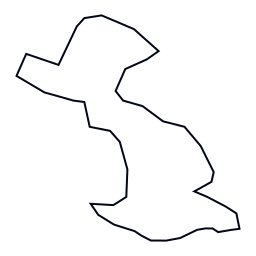 SVG path tracing the border of Preilu
{"feature_id": "LVA-1089", "entity_name": "Preilu", "entity_type": "Municipality", "adm_level": 1, "iso_a3": "LVA", "parent_name": "Latvia", "parent_adm1": "", "projection": "robinson", "projection_center": [26.704, 56.28], "detail": "fine", "context": "isolated", "style": "outline", "palette": "ink", "viewbox_px": 256, "rotation_deg": 0, "n_neighbors": 0, "source": "natural_earth", "source_scale": "10m", "svg_char_len": 656}
<svg xmlns="http://www.w3.org/2000/svg" viewBox="0 0 256 256"><path d="M166.3,240.6L150.8,240.5L141.4,235.6L134.6,231.1L114.0,224.6L98.2,214.8L90.7,203.8L113.4,205.1L126.3,196.9L127.4,169.4L119.8,141.9L110.1,130.9L89.7,126.8L84.3,102.0L73.5,100.6L44.4,92.4L16.5,75.9L26.2,53.9L58.5,64.9L76.8,26.4L84.4,18.1L101.6,15.4L133.9,29.1L158.6,51.1L146.8,59.4L125.3,69.0L115.6,91.0L123.1,100.6L142.5,106.1L163.0,121.3L184.5,126.8L200.7,146.0L213.7,172.1L211.5,181.8L194.3,191.4L207.2,196.9L225.6,206.5L236.4,213.4L239.5,228.8L231.1,229.9L218.2,232.1L212.6,228.5L205.5,228.4L197.2,229.8L180.2,238.0L166.3,240.6Z" fill="none" stroke="#020617" stroke-width="2"/></svg>